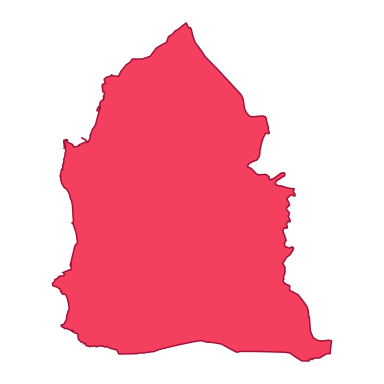 the district of Kota Parepare, Sulawesi Selatan, Indonesia
{"feature_id": "22746128B37987509465042", "entity_name": "Kota Parepare", "entity_type": "district", "adm_level": 2, "iso_a3": "IDN", "parent_name": "Indonesia", "parent_adm1": "Sulawesi Selatan", "projection": "orthographic", "projection_center": [119.648, -4.02], "detail": "fine", "context": "isolated", "style": "filled", "palette": "rose", "viewbox_px": 384, "rotation_deg": 0, "n_neighbors": 0, "source": "geoboundaries", "source_scale": "gbopen_adm2", "svg_char_len": 5814}
<svg xmlns="http://www.w3.org/2000/svg" viewBox="0 0 384 384"><path d="M309.3,360.8L309.6,359.2L311.4,359.0L311.8,359.5L312.1,359.2L312.3,359.5L313.8,358.4L315.2,358.1L319.4,358.0L320.8,357.5L321.1,357.0L323.1,355.7L324.6,355.2L325.7,354.0L330.3,353.5L330.2,352.4L331.0,344.7L331.6,341.3L331.3,340.7L329.4,340.3L327.4,340.3L324.5,340.8L320.5,340.9L317.1,340.2L314.0,338.2L312.7,336.7L310.9,332.4L310.2,329.2L309.4,317.2L308.9,317.1L308.2,310.7L307.2,307.1L303.4,301.4L297.8,294.5L289.5,290.2L289.8,285.7L286.5,284.4L285.5,283.7L284.8,283.7L284.0,282.4L282.8,281.2L283.4,279.6L283.7,279.4L283.8,278.2L283.4,276.9L285.0,273.1L284.8,272.3L285.1,271.2L284.8,269.6L285.0,268.0L284.9,267.0L283.6,264.9L282.5,263.7L283.8,262.0L286.2,257.7L290.0,254.7L291.3,252.9L291.6,252.1L292.5,251.1L293.6,248.7L293.2,247.6L292.0,246.9L291.4,247.0L289.7,248.0L288.6,248.0L286.5,246.9L285.6,246.9L284.6,246.0L284.7,242.3L286.3,240.3L285.0,237.4L284.8,235.7L283.5,233.1L283.5,232.4L283.1,232.2L282.9,231.8L283.3,229.3L284.5,227.9L285.0,227.7L286.4,228.3L286.6,228.1L286.4,227.7L287.3,227.7L287.3,226.2L286.5,224.5L286.9,222.8L288.0,222.0L288.4,221.3L289.6,221.9L290.2,221.4L290.2,220.7L288.2,216.2L289.5,213.8L288.8,211.9L287.2,210.4L286.6,209.1L286.5,207.9L289.6,205.2L289.0,203.2L287.0,198.8L287.9,197.6L288.9,197.0L289.6,195.9L291.2,194.8L293.4,195.9L294.9,195.9L295.1,194.3L293.3,191.6L294.1,188.8L288.4,188.1L281.2,185.9L279.2,185.9L277.5,185.2L276.1,185.0L275.5,183.1L276.0,181.5L277.8,179.9L279.8,178.9L282.4,176.9L284.5,175.9L285.1,174.0L284.5,173.1L283.5,172.8L283.3,173.0L282.4,172.9L281.1,173.1L273.1,178.9L272.5,179.2L271.6,179.1L270.2,180.0L268.9,178.3L269.2,177.9L268.9,176.4L268.3,176.3L267.0,175.0L265.4,174.4L258.1,174.8L256.1,173.5L251.4,168.6L247.6,166.7L248.1,164.7L249.0,163.6L252.2,161.8L256.9,160.0L258.8,157.4L259.7,154.6L259.9,151.1L261.3,143.9L262.9,138.7L264.9,134.4L265.7,133.2L267.9,133.6L269.2,133.3L269.3,132.5L268.5,130.8L268.3,127.4L266.6,120.9L266.2,118.2L265.2,116.7L263.4,116.1L261.1,116.0L254.1,116.7L250.5,116.5L249.5,116.0L247.6,114.1L246.1,112.0L244.4,108.1L243.3,100.0L242.2,96.8L241.0,94.6L218.2,70.0L205.1,56.6L201.9,51.6L195.2,42.5L192.8,36.1L191.5,30.2L190.8,28.3L190.4,27.7L188.8,28.1L186.2,23.0L183.3,25.1L177.9,29.5L175.2,30.9L172.2,34.3L168.5,36.6L166.5,42.4L160.9,45.2L156.0,48.4L150.1,56.3L142.2,59.0L132.3,59.0L129.9,62.4L126.3,64.7L120.8,71.5L118.5,76.3L114.1,76.0L111.5,74.9L110.8,76.1L106.3,77.3L104.1,79.3L105.3,83.5L102.8,84.2L102.9,85.0L102.4,85.1L102.6,85.4L102.1,86.2L102.6,86.6L102.6,87.3L102.4,87.3L102.6,89.1L102.4,89.4L103.1,92.1L104.1,91.8L104.3,92.6L104.1,92.8L104.3,92.7L104.5,93.1L104.5,93.9L104.0,94.4L104.0,96.2L104.2,96.5L104.1,97.1L103.8,97.0L104.0,97.3L103.4,98.1L103.7,98.7L103.2,99.0L103.1,99.3L103.4,99.6L103.1,100.2L102.6,100.0L101.9,100.5L101.9,100.9L101.3,101.1L100.0,102.2L100.1,103.2L99.6,104.1L100.2,106.9L100.2,108.6L100.0,109.2L99.6,109.2L99.7,106.6L98.5,106.6L97.6,109.1L97.3,109.1L97.0,110.7L99.2,110.8L95.4,125.1L92.3,129.6L90.1,135.6L90.5,135.6L89.8,138.9L89.2,140.1L88.5,139.8L89.1,140.2L87.8,142.3L85.6,139.8L81.8,137.8L81.6,138.2L81.8,138.0L85.4,139.9L86.8,141.5L79.3,144.7L79.4,145.2L78.8,145.3L78.4,146.1L74.6,146.9L74.1,146.7L74.3,146.3L74.0,146.6L73.4,146.2L73.7,145.7L73.2,146.0L72.9,145.0L71.8,144.0L67.4,142.3L67.0,140.5L68.4,140.2L66.9,140.3L67.5,139.9L66.8,140.1L66.4,140.0L66.5,139.6L66.2,139.6L66.3,140.0L65.2,139.9L64.6,140.4L64.7,141.9L64.2,141.7L64.1,140.4L63.7,140.4L63.9,143.1L64.3,143.0L64.2,142.3L64.7,142.1L65.2,144.9L64.4,144.9L64.3,144.2L64.1,144.2L64.2,146.2L64.5,146.1L64.4,145.1L65.2,145.0L65.2,146.0L65.5,146.0L65.2,146.6L64.6,146.6L64.6,147.6L65.0,147.7L64.7,148.1L66.0,148.1L65.1,148.3L65.4,148.4L65.4,149.2L65.0,149.4L65.5,149.4L65.8,150.8L65.0,153.6L65.2,154.9L63.7,159.8L63.9,160.4L63.5,163.3L62.8,164.3L62.7,167.9L62.6,169.9L61.9,170.1L62.1,169.3L61.6,169.2L60.1,176.2L60.5,176.3L60.7,175.6L60.6,178.9L61.7,183.3L64.1,187.4L65.1,188.3L66.2,188.6L68.5,192.2L69.8,195.3L70.4,198.5L71.6,201.1L72.4,205.1L73.4,221.3L73.4,222.5L72.0,222.7L72.0,222.9L72.4,222.9L73.7,225.4L76.2,233.3L77.3,241.5L77.1,243.4L75.4,245.0L74.6,247.1L70.4,264.4L70.2,265.6L70.6,266.0L70.7,265.8L70.4,265.6L70.4,265.1L71.1,262.5L71.1,263.8L70.7,265.5L71.6,265.7L70.8,270.0L69.3,269.9L62.9,272.6L64.6,274.4L64.3,275.0L63.4,275.7L60.6,276.1L60.4,275.9L59.5,276.7L59.0,276.5L58.4,277.6L58.0,277.6L57.3,278.5L55.8,279.4L55.0,279.4L54.8,280.2L54.6,280.2L54.8,280.3L54.5,281.5L54.0,282.1L53.2,282.6L52.4,283.9L52.7,284.4L52.7,285.4L54.9,286.6L56.3,286.6L60.1,289.3L60.4,289.3L60.4,291.0L61.2,292.2L61.4,292.1L61.3,292.5L62.5,294.2L62.9,294.3L64.2,293.8L65.8,295.1L67.1,297.6L68.6,303.9L69.1,307.3L69.0,308.8L68.7,310.4L67.8,311.7L67.8,313.1L66.8,315.0L66.9,316.7L66.6,317.3L66.8,317.7L66.5,318.1L66.5,318.9L65.1,321.9L63.7,324.3L63.5,324.6L62.0,324.6L61.3,325.1L61.1,325.9L62.1,326.3L62.0,326.8L63.8,327.6L64.4,328.5L67.0,328.5L68.1,329.3L70.1,329.8L71.6,331.0L71.7,330.4L72.1,330.5L72.5,331.3L72.8,330.6L73.7,332.2L75.4,333.2L77.4,333.7L78.0,334.8L78.0,337.1L78.3,337.8L78.2,338.4L78.8,339.3L78.6,339.8L80.4,341.1L80.5,341.6L81.2,342.0L83.1,342.6L83.5,343.2L83.9,343.2L83.9,343.6L84.6,343.3L85.5,343.8L85.7,344.2L85.5,344.5L85.6,345.0L86.1,345.1L86.9,346.0L88.2,346.1L89.8,346.7L91.3,346.2L93.0,346.4L95.2,345.7L95.8,346.1L96.2,346.9L97.4,346.3L102.1,345.8L102.5,346.4L103.2,346.1L104.0,346.4L104.8,347.0L106.4,346.7L107.4,346.9L111.1,348.6L112.5,348.8L114.8,349.6L116.4,349.4L118.8,353.9L119.1,354.0L136.2,353.7L140.3,352.9L144.1,353.0L147.9,352.2L153.8,351.6L159.5,349.4L177.7,345.0L194.3,341.6L199.6,340.8L202.0,340.7L206.2,342.0L214.0,342.7L221.6,344.1L234.2,351.1L236.6,352.1L237.7,352.1L240.5,351.4L258.8,351.5L284.6,352.2L289.9,353.0L296.1,357.4L301.8,360.9L308.7,361.0L309.3,360.8Z" fill="#f43f5e" stroke="#9f1239" stroke-width="1.5"/></svg>